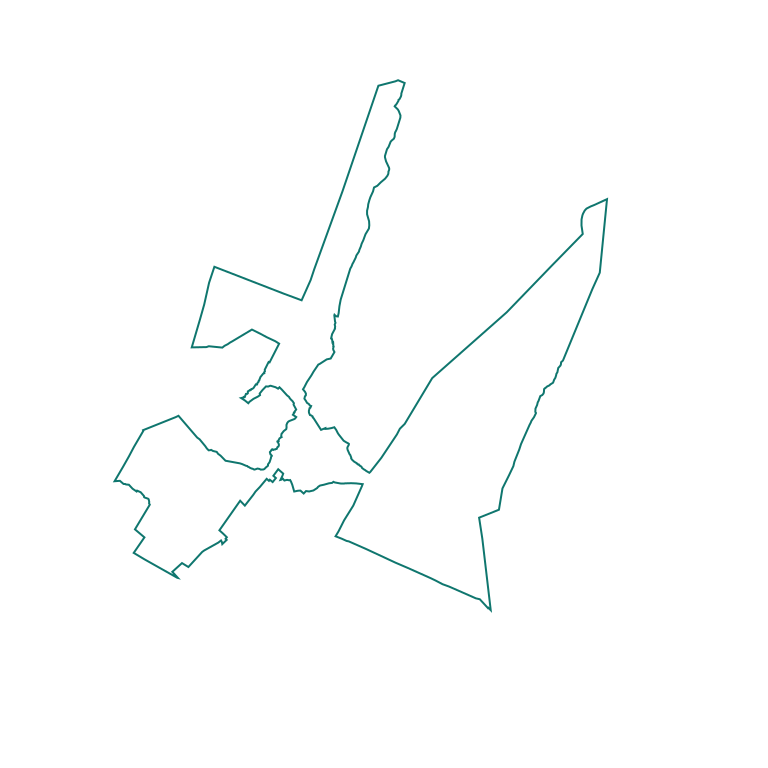 outline of Tianguistenco, México, Mexico, rotated 300°
{"feature_id": "50627088B72172195949550", "entity_name": "Tianguistenco", "entity_type": "district", "adm_level": 2, "iso_a3": "MEX", "parent_name": "Mexico", "parent_adm1": "México", "projection": "robinson", "projection_center": [-99.437, 19.162], "detail": "fine", "context": "isolated", "style": "outline", "palette": "teal", "viewbox_px": 768, "rotation_deg": 300, "n_neighbors": 0, "source": "geoboundaries", "source_scale": "gbopen_adm2", "svg_char_len": 6166}
<svg xmlns="http://www.w3.org/2000/svg" viewBox="0 0 768 768"><g transform="rotate(300 384 384)"><path d="M227.9,418.2L228.9,424.8L229.4,430.1L230.1,432.2L232.2,451.5L235.0,483.2L236.6,496.6L239.2,521.7L239.6,527.1L239.9,534.8L241.1,541.6L244.3,570.7L245.5,574.6L241.9,586.1L242.4,586.2L241.5,589.5L299.2,546.5L315.8,533.2L332.6,546.4L352.8,538.8L367.6,537.9L377.6,537.1L381.9,535.8L394.9,533.9L400.5,532.7L421.3,530.5L423.8,530.4L425.9,530.1L430.2,530.5L434.5,530.2L434.9,530.1L435.5,529.0L438.4,527.5L442.4,527.1L445.0,526.3L446.5,526.3L451.7,525.4L453.6,526.6L455.5,526.9L457.0,526.5L459.6,525.2L460.7,525.4L460.9,525.7L463.4,526.5L465.6,528.0L466.7,528.2L469.5,529.7L470.1,529.7L472.8,529.2L475.0,529.3L477.3,528.8L479.1,528.2L480.8,528.3L485.0,526.9L488.3,527.6L489.7,527.3L491.4,526.5L493.6,527.2L494.2,527.2L570.3,517.0L588.3,515.2L655.6,484.7L643.9,476.4L641.1,474.2L637.2,471.7L636.0,471.4L634.5,471.1L631.1,471.2L629.3,471.5L625.3,472.8L620.0,475.8L613.3,481.1L570.3,470.1L507.4,454.4L413.2,422.8L359.8,421.9L353.2,420.1L346.8,420.4L318.7,418.6L301.0,416.1L299.8,415.7L299.8,412.0L300.0,411.0L300.0,409.3L300.3,407.0L301.0,406.0L301.2,405.0L301.1,404.0L301.4,403.4L301.3,403.0L301.7,402.4L301.3,401.5L301.7,400.7L301.5,400.1L301.8,399.6L301.8,397.1L302.4,394.4L303.1,392.8L303.8,392.5L305.7,390.2L305.9,389.4L308.8,385.4L310.1,384.3L310.9,384.0L313.8,383.9L314.6,383.5L314.7,382.8L314.6,380.5L314.7,377.4L317.6,370.1L318.4,368.5L320.3,365.6L321.7,362.6L319.6,360.6L317.3,357.9L315.8,355.7L316.5,355.3L312.8,352.4L319.2,340.1L319.4,339.0L320.2,338.5L320.4,336.7L320.1,335.4L321.6,333.4L323.1,332.4L325.9,331.6L326.5,332.1L328.5,331.9L328.3,330.4L328.9,329.5L329.1,328.6L329.2,326.7L330.3,324.9L331.5,322.4L333.8,321.7L335.0,322.0L336.6,321.2L337.7,319.6L338.9,316.5L341.2,316.6L347.2,316.3L355.1,316.8L359.5,316.8L368.0,317.4L369.1,318.2L376.7,322.1L379.4,325.1L386.9,325.1L388.1,323.2L389.0,322.3L391.1,321.7L391.1,321.3L391.9,321.0L392.6,320.5L392.9,320.0L393.7,319.8L395.1,318.8L395.2,318.5L394.6,318.3L396.1,317.2L396.8,316.5L396.6,316.4L397.0,315.4L401.3,314.1L407.4,313.9L407.6,313.6L409.3,313.0L410.8,311.6L412.7,311.4L413.7,310.3L418.7,306.6L419.2,306.5L418.9,307.6L418.8,308.9L419.4,310.3L422.7,309.3L429.1,306.5L435.4,304.3L467.1,297.1L469.5,297.1L472.7,296.6L473.5,296.7L479.4,296.3L481.5,295.8L486.1,296.1L487.9,295.6L491.4,295.2L494.3,294.5L498.1,294.2L504.4,293.1L511.1,293.2L514.1,291.9L517.5,289.7L522.5,284.5L525.6,282.7L529.3,281.6L531.7,280.5L535.9,279.4L538.9,278.8L545.3,278.2L549.2,277.1L552.3,279.1L557.1,280.4L562.4,282.3L565.9,282.8L567.8,282.7L569.0,282.3L570.0,281.7L571.9,281.4L572.9,281.0L573.8,280.2L577.8,274.5L580.8,271.5L582.0,270.8L588.8,269.2L591.7,269.4L597.1,268.6L598.6,268.9L601.4,269.9L603.4,269.6L606.1,268.2L607.7,267.8L609.1,267.8L611.3,267.6L622.8,265.0L624.8,264.0L627.7,260.4L628.7,258.7L629.8,254.4L630.7,254.4L631.9,254.8L633.7,254.9L636.6,254.9L637.3,254.5L638.5,255.0L641.4,254.9L642.9,254.5L644.2,253.8L655.0,251.4L654.1,244.3L651.8,242.5L639.5,230.0L530.1,251.7L448.5,266.2L437.3,268.5L415.3,270.8L412.1,252.0L400.7,178.5L384.2,181.9L363.1,188.5L347.7,192.4L319.6,199.2L327.2,211.8L329.1,213.4L334.7,225.8L337.3,226.8L340.4,228.8L343.0,230.0L344.8,231.1L365.1,242.4L365.7,252.2L365.9,259.0L366.7,268.4L366.5,273.0L345.5,274.1L345.4,273.1L344.7,273.1L336.7,273.6L335.3,274.6L334.3,274.3L333.8,274.4L333.4,274.9L332.6,274.2L328.0,273.5L326.4,273.9L325.7,273.8L324.8,274.2L324.1,273.9L323.2,274.3L322.1,273.9L320.1,274.3L319.9,274.2L319.8,273.3L319.5,273.2L315.3,273.0L313.9,272.4L313.5,271.8L313.2,271.6L312.4,271.7L311.8,270.9L311.3,271.0L310.9,270.5L310.3,270.3L309.8,269.9L309.5,269.8L307.9,270.7L307.0,270.4L306.4,269.4L303.9,269.8L303.0,269.2L302.7,269.7L300.4,267.3L300.2,271.7L299.5,276.1L301.3,276.4L305.9,278.4L309.9,281.0L312.4,282.2L313.6,281.1L318.0,281.8L322.9,283.0L323.9,285.0L325.4,286.2L325.8,286.7L327.0,291.7L327.0,294.6L328.9,295.1L328.1,298.2L325.7,305.7L325.3,308.3L324.7,309.2L324.0,311.0L323.4,313.4L322.3,315.6L320.9,316.0L318.0,320.7L314.5,320.3L314.5,320.7L311.8,320.5L311.5,324.5L309.7,324.3L308.7,323.8L304.6,320.5L303.4,319.9L301.8,319.7L299.8,320.0L297.5,321.4L296.0,321.9L293.1,320.7L289.5,320.2L286.9,321.3L286.8,321.8L284.7,320.7L282.5,320.8L281.9,321.3L281.1,320.4L280.7,320.5L280.6,321.2L279.2,323.1L278.1,323.7L276.9,323.8L276.2,323.3L274.1,323.5L273.7,322.9L272.8,322.4L272.4,321.6L271.6,321.1L271.7,320.0L271.6,319.8L271.3,319.7L271.0,320.0L270.6,319.5L269.3,319.5L268.1,319.2L267.4,319.6L266.8,320.5L266.2,320.9L266.1,322.0L265.7,322.8L264.1,322.7L263.4,323.1L259.1,324.0L256.4,323.7L255.4,324.3L254.8,324.3L253.2,323.6L250.5,322.9L249.6,322.2L248.2,320.0L248.2,318.7L247.5,316.7L245.7,315.2L245.0,314.4L244.9,312.4L244.6,311.8L244.4,309.8L244.5,308.3L244.3,307.6L244.6,306.6L244.2,305.5L243.7,301.1L243.2,298.8L238.3,285.1L240.2,278.4L240.6,275.1L241.5,273.3L241.5,272.8L240.5,269.4L240.5,267.2L239.8,266.6L238.9,265.3L239.6,262.8L240.8,260.3L243.9,252.0L244.2,249.0L253.7,221.9L251.2,220.2L223.5,198.4L223.0,199.0L204.4,198.9L193.7,199.3L182.0,199.4L165.1,199.3L168.1,203.7L167.2,208.4L168.0,209.9L168.0,210.8L169.2,213.4L167.6,218.6L167.2,223.5L168.2,223.5L168.6,227.4L167.0,232.1L166.1,232.8L166.0,233.3L166.7,237.1L166.5,237.8L164.7,239.5L163.1,240.3L162.4,241.5L133.6,241.0L131.4,253.2L112.6,251.7L112.4,264.0L112.8,301.8L113.0,302.5L115.5,294.6L127.9,298.6L127.7,306.1L147.6,310.5L149.9,311.5L163.8,319.8L167.0,321.1L166.1,322.6L164.5,324.0L170.3,325.7L170.7,324.2L172.7,324.5L174.0,319.4L175.0,314.6L211.0,317.8L209.1,324.3L222.6,326.2L226.6,326.5L232.8,328.0L243.2,329.8L242.6,332.8L244.0,333.0L243.4,336.6L248.5,337.4L249.2,334.1L257.3,335.0L256.0,341.5L253.9,341.9L249.2,342.3L249.9,343.0L251.4,343.7L250.6,346.0L252.2,347.6L252.6,348.2L253.2,350.0L253.9,350.7L253.1,352.1L250.9,354.9L246.0,360.0L248.5,362.8L249.9,364.9L249.0,369.2L252.3,370.0L253.5,372.9L256.5,376.1L260.4,378.1L262.1,378.4L264.1,379.4L266.7,382.3L270.5,386.0L272.4,388.5L274.0,389.1L274.1,390.5L276.1,396.1L277.9,399.3L278.4,399.8L281.7,405.2L284.0,409.6L286.6,415.6L284.1,416.0L263.3,418.2L246.0,417.6L233.6,418.3L227.9,418.2Z" fill="none" stroke="#0f766e" stroke-width="2"/></g></svg>